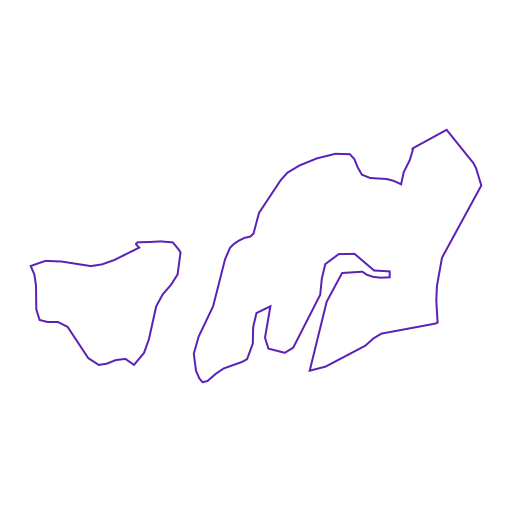 map outline of Biombo (orthographic projection)
{"feature_id": "GNB-5500", "entity_name": "Biombo", "entity_type": "Region", "adm_level": 1, "iso_a3": "GNB", "parent_name": "Guinea-Bissau", "parent_adm1": "", "projection": "orthographic", "projection_center": [-15.894, 11.883], "detail": "fine", "context": "isolated", "style": "outline", "palette": "violet", "viewbox_px": 512, "rotation_deg": 0, "n_neighbors": 0, "source": "natural_earth", "source_scale": "10m", "svg_char_len": 1422}
<svg xmlns="http://www.w3.org/2000/svg" viewBox="0 0 512 512"><path d="M437.6,322.6L435.3,323.6L381.4,333.6L373.3,338.5L365.3,345.7L325.6,366.6L309.7,370.7L326.7,301.6L342.1,273.0L362.3,271.7L366.9,274.8L373.3,276.9L380.9,277.7L389.7,277.3L389.7,271.4L374.1,270.5L354.6,253.9L338.7,254.1L325.3,264.1L321.8,278.7L320.2,294.8L293.2,347.7L284.7,352.8L268.4,348.6L265.0,337.7L270.4,306.3L256.5,313.0L253.2,326.8L252.8,343.6L247.1,359.1L242.1,361.9L223.6,368.5L215.9,373.7L207.5,381.0L202.6,382.2L199.3,378.4L196.0,370.7L193.8,353.7L198.6,336.7L213.1,306.3L225.1,259.1L230.1,247.7L233.5,244.3L238.7,240.7L244.7,237.8L250.3,236.6L253.5,233.6L259.0,212.9L280.6,180.3L287.4,172.7L299.2,165.6L316.8,158.4L335.4,153.8L349.9,154.2L354.4,159.2L357.6,167.2L361.9,174.7L370.1,178.0L386.6,179.0L393.8,180.9L401.1,184.3L403.7,172.2L409.8,160.0L412.9,149.5L412.4,148.9L413.3,148.0L446.6,129.8L473.3,163.0L476.0,168.0L481.3,185.5L442.0,257.7L436.9,286.2L436.3,300.8L437.6,322.6ZM30.7,266.0L45.3,260.9L61.3,261.5L90.9,266.1L101.9,264.4L114.3,260.0L139.2,247.6L136.0,244.3L136.1,243.7L137.7,242.3L149.7,242.0L160.7,241.4L172.8,242.4L178.9,249.8L180.5,252.4L177.6,274.4L171.0,284.8L162.7,294.4L156.2,306.3L148.9,339.3L144.0,352.9L134.0,364.9L125.4,358.9L115.7,360.1L106.4,363.8L98.8,364.9L88.3,358.2L67.6,326.9L57.9,322.0L47.7,322.0L39.6,320.0L36.3,309.4L36.0,285.7L34.4,274.6L30.7,266.0Z" fill="none" stroke="#5b21b6" stroke-width="2"/></svg>